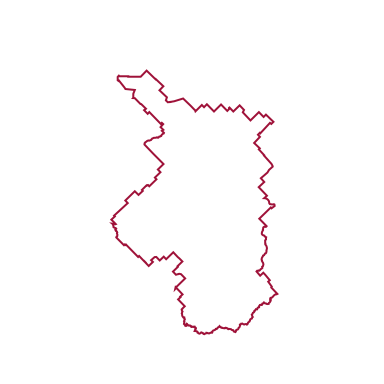 outline of Barcaldine, Queensland, Australia, rotated 40°
{"feature_id": "25037944B32668450975374", "entity_name": "Barcaldine", "entity_type": "district", "adm_level": 2, "iso_a3": "AUS", "parent_name": "Australia", "parent_adm1": "Queensland", "projection": "albers", "projection_center": [146.199, -23.052], "detail": "fine", "context": "isolated", "style": "outline", "palette": "rose", "viewbox_px": 384, "rotation_deg": 40, "n_neighbors": 0, "source": "geoboundaries", "source_scale": "gbopen_adm2", "svg_char_len": 6073}
<svg xmlns="http://www.w3.org/2000/svg" viewBox="0 0 384 384"><g transform="rotate(40 192 192)"><path d="M63.3,154.2L64.5,154.1L64.5,153.6L73.3,155.4L74.8,155.9L82.6,150.6L83.9,154.5L86.5,157.6L86.5,157.9L87.8,156.9L96.0,157.7L96.6,157.3L103.2,157.8L102.7,160.1L107.8,160.6L107.9,158.2L124.3,159.9L124.4,158.4L126.3,158.5L126.2,162.5L130.1,162.8L129.6,164.5L132.5,164.7L132.7,165.4L132.3,166.0L132.1,167.1L132.1,168.1L132.4,168.8L132.1,169.1L132.1,169.6L131.9,170.0L131.3,170.5L131.3,171.9L130.8,172.2L130.8,172.4L130.0,172.6L129.5,173.6L127.8,175.2L127.7,175.6L127.1,176.8L127.2,177.4L127.1,177.7L127.2,178.5L126.1,180.3L125.4,180.6L124.8,181.8L124.7,182.5L124.5,183.4L124.3,183.8L124.3,184.9L124.6,185.2L124.7,185.8L125.1,186.2L137.9,187.6L152.2,188.9L151.4,196.7L155.1,197.1L154.3,204.8L156.6,205.1L155.6,215.1L153.8,214.9L153.4,215.4L153.3,216.2L152.9,216.2L152.3,222.6L153.6,222.8L152.9,228.6L147.7,228.2L146.4,241.4L149.9,241.8L147.5,260.2L148.6,260.3L148.0,265.0L154.2,265.6L153.9,266.1L153.1,266.3L151.3,267.5L152.1,267.5L152.7,268.0L153.6,268.4L154.3,269.3L154.6,269.4L155.9,269.1L156.5,268.8L157.2,268.7L157.5,268.8L157.4,269.4L157.6,269.6L157.5,270.2L158.6,270.7L158.9,270.4L160.1,270.7L160.8,271.1L160.9,271.7L161.1,272.0L162.5,272.8L162.9,273.7L162.9,274.4L163.2,274.4L163.3,275.5L174.1,276.5L174.2,275.4L175.1,275.4L175.2,274.7L192.5,276.4L192.6,275.0L199.8,275.8L199.8,275.6L201.9,275.8L201.9,276.0L206.4,276.5L207.0,270.7L204.5,270.5L205.2,265.9L206.4,264.7L211.3,265.2L211.9,259.7L215.4,260.1L216.4,250.2L223.0,251.0L225.0,251.0L229.3,251.4L228.6,258.2L229.3,258.4L228.6,265.2L232.9,265.7L233.7,264.4L234.1,264.1L234.3,263.5L234.9,262.8L236.4,262.0L242.3,262.6L241.0,275.4L240.6,275.4L241.5,277.1L241.6,275.5L250.6,276.5L250.2,279.8L250.8,279.9L250.4,283.2L259.9,284.2L259.6,287.3L259.7,287.5L259.5,288.4L259.6,288.7L260.1,288.9L260.6,289.5L261.5,289.6L262.2,291.6L262.8,291.8L263.6,292.7L264.5,293.3L265.7,293.6L266.7,293.0L266.9,293.2L266.9,293.7L267.5,293.7L267.6,293.9L268.3,294.1L268.5,295.2L269.0,295.6L269.0,296.1L269.5,296.2L269.7,296.5L270.4,297.9L270.9,298.2L270.9,298.3L271.7,298.4L271.9,298.3L272.8,298.8L273.2,298.5L273.5,298.5L273.7,298.1L273.4,297.4L273.1,297.3L273.1,297.1L272.5,296.6L272.5,296.3L273.0,296.2L274.1,296.6L275.0,296.3L275.2,296.5L276.3,295.6L276.5,295.7L277.1,295.7L276.9,295.4L277.3,295.3L278.0,295.3L278.3,295.7L278.5,295.6L278.8,295.4L279.2,294.6L280.1,294.3L280.1,293.8L280.6,293.4L281.2,293.9L281.4,293.7L282.2,293.6L282.9,294.2L282.8,295.1L283.4,296.8L284.6,295.9L285.5,295.6L286.3,296.0L286.4,295.7L286.8,295.8L287.7,296.1L288.7,295.8L289.2,294.9L289.3,293.6L290.5,293.2L290.8,293.3L291.2,293.2L291.4,293.0L291.7,293.0L292.1,293.3L292.8,293.0L292.9,292.4L293.6,291.4L293.6,290.8L293.5,290.6L294.3,290.1L295.3,289.9L295.8,289.3L296.2,289.1L296.3,288.7L297.0,287.3L297.8,287.0L297.8,286.5L297.2,286.1L297.3,284.4L298.0,283.4L298.4,282.3L298.2,281.6L298.8,281.2L299.1,280.6L299.1,280.0L298.9,279.8L298.9,279.2L299.3,278.1L299.3,277.3L299.9,277.6L300.5,277.3L300.6,277.0L301.2,277.2L301.7,277.1L302.0,276.7L302.4,276.8L304.4,275.6L304.4,275.3L305.0,274.9L305.0,274.4L305.9,273.9L306.8,273.7L307.0,273.9L307.6,273.8L307.9,273.5L308.1,273.6L308.7,272.8L310.1,272.0L311.0,272.1L311.7,271.8L312.3,271.4L312.8,271.4L313.4,271.9L313.7,272.0L315.3,271.4L315.2,270.5L314.9,270.2L314.6,269.5L314.8,268.7L315.3,268.2L315.5,267.6L315.4,266.9L315.0,266.1L315.3,265.2L314.6,263.2L314.0,263.0L313.9,262.8L314.3,262.3L314.3,261.4L314.6,261.3L315.0,260.5L316.7,260.2L317.3,259.8L317.5,259.2L318.4,258.3L318.9,258.1L319.3,258.2L319.4,257.5L319.4,257.1L319.1,256.6L318.9,255.8L319.3,254.3L319.0,253.7L319.1,253.2L318.6,252.5L318.5,252.0L318.7,251.6L318.8,251.0L319.2,250.4L318.5,248.9L318.7,248.6L317.9,248.3L316.6,247.5L316.7,246.4L316.3,245.4L316.7,244.5L316.7,243.9L316.2,243.3L316.2,242.8L316.5,242.5L316.3,242.1L316.5,241.2L316.3,240.7L317.3,240.0L316.7,238.4L317.5,237.2L316.9,236.6L316.7,236.2L316.8,235.8L316.6,234.9L317.1,234.3L318.1,233.7L318.1,233.3L317.6,232.4L317.6,232.2L318.1,231.8L318.1,230.4L319.0,230.6L320.3,229.8L320.8,229.9L321.8,229.4L322.6,228.5L322.3,228.2L322.2,227.6L322.5,226.6L322.3,225.2L321.9,224.2L321.4,223.7L321.0,224.2L320.4,223.4L320.2,222.8L320.3,222.5L321.0,221.8L321.3,219.9L321.2,219.2L321.4,217.7L322.0,216.3L322.6,216.0L322.9,215.2L314.1,214.2L313.9,213.6L313.9,213.2L308.0,211.7L308.3,209.6L301.1,208.3L298.5,208.0L298.0,212.3L292.5,211.4L292.5,210.6L293.1,210.3L293.2,209.5L294.0,209.2L294.2,208.7L294.3,208.1L294.2,207.2L294.7,205.5L294.7,204.9L293.8,204.2L294.0,203.1L293.2,201.5L292.0,200.6L291.5,200.5L289.7,199.8L289.6,199.4L288.6,198.9L288.0,197.8L287.7,196.7L287.7,195.9L287.3,195.0L287.8,194.1L287.5,192.1L287.9,191.6L287.9,190.9L287.3,189.7L286.5,188.8L286.4,188.4L285.5,186.8L284.0,185.7L283.1,185.3L281.9,185.1L281.4,184.3L281.1,184.3L280.6,183.8L280.4,183.4L279.3,182.3L279.1,182.0L279.2,180.8L278.2,179.7L277.9,179.0L276.3,179.3L275.5,178.9L274.3,179.4L273.2,179.5L272.4,179.2L271.9,178.6L271.3,177.5L270.9,175.5L270.6,175.4L270.6,175.2L269.5,173.6L269.4,172.9L269.7,172.1L270.5,171.7L271.1,171.0L271.1,170.2L260.7,169.2L262.3,153.2L263.4,153.4L264.3,149.6L263.2,148.6L262.6,148.7L261.6,149.9L259.4,151.2L258.5,151.0L256.9,149.6L255.6,149.2L254.2,149.1L253.3,149.3L252.1,149.7L251.3,150.3L251.8,146.7L240.0,145.4L240.9,137.9L235.9,137.2L237.3,128.6L236.8,125.5L237.5,120.7L236.9,120.2L234.9,119.4L223.7,117.8L223.7,117.4L215.8,116.4L215.9,115.0L208.1,114.5L208.6,106.1L205.7,105.7L205.9,103.1L206.6,103.2L207.3,88.9L209.0,88.9L209.3,85.9L198.9,85.2L198.6,88.5L191.9,87.8L190.8,99.6L179.7,98.3L179.1,95.7L172.8,95.0L171.9,103.8L166.4,103.2L166.3,103.9L167.1,104.7L166.9,107.2L158.0,106.3L157.1,116.2L147.0,115.2L146.7,119.3L143.6,119.0L142.8,128.0L141.6,127.3L141.2,127.4L135.5,126.8L125.1,126.1L120.0,134.0L118.2,136.1L118.0,136.6L117.3,137.3L117.2,137.2L115.8,138.8L113.1,138.6L111.9,135.6L101.7,135.0L102.1,129.4L91.7,128.8L91.7,129.1L79.2,128.2L78.6,136.7L69.1,144.7L68.8,144.3L62.0,150.0L61.2,149.9L61.1,151.6L63.3,154.2Z" fill="none" stroke="#9f1239" stroke-width="2"/></g></svg>